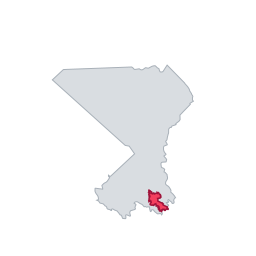 Bougouni, Sikasso, Mali (highlighted), rotated 317°
{"feature_id": "8926073B95704920034733", "entity_name": "Bougouni", "entity_type": "district", "adm_level": 2, "iso_a3": "MLI", "parent_name": "Mali", "parent_adm1": "Sikasso", "projection": "equal_earth", "projection_center": [-7.39, 11.295], "detail": "fine", "context": "in_parent", "style": "filled", "palette": "rose", "viewbox_px": 256, "rotation_deg": 317, "n_neighbors": 0, "source": "geoboundaries", "source_scale": "gbopen_adm2", "svg_char_len": 7287}
<svg xmlns="http://www.w3.org/2000/svg" viewBox="0 0 256 256"><g transform="rotate(317 128 128)"><path d="M63.5,187.9L63.6,187.0L63.0,186.4L63.0,186.1L63.3,183.5L63.3,182.8L63.5,181.5L63.2,180.9L63.1,180.5L62.2,178.8L61.9,177.4L61.4,176.5L60.3,176.2L59.9,177.0L59.7,177.1L59.3,176.5L59.1,176.0L59.2,175.6L57.8,173.4L57.9,172.2L58.4,171.5L58.6,170.5L58.1,169.3L58.2,168.2L58.1,166.6L57.3,165.2L56.8,164.6L56.3,163.6L56.7,161.4L55.9,159.5L57.4,160.2L58.2,159.5L58.9,158.6L59.5,157.3L59.8,155.7L59.9,154.3L60.5,152.2L61.2,151.2L62.8,149.7L63.2,149.9L65.7,153.0L67.1,154.6L67.6,155.4L68.0,155.4L68.8,153.9L69.5,152.6L69.8,152.2L72.3,152.1L73.6,152.3L74.8,152.7L76.4,152.8L80.7,151.8L80.8,151.2L80.7,150.5L80.9,149.9L81.3,149.4L81.6,149.2L81.7,151.0L82.1,151.3L83.1,151.4L115.2,151.4L116.5,142.1L114.1,138.8L105.5,41.2L120.6,41.2L123.2,43.4L172.3,85.9L172.6,87.3L172.6,89.2L172.9,89.8L173.7,90.4L176.5,92.3L176.7,92.6L176.8,93.4L177.2,94.3L177.8,94.9L178.4,95.3L179.3,95.5L181.8,95.8L182.3,96.3L183.5,98.0L184.1,98.3L187.5,99.2L188.6,99.7L189.8,100.5L190.4,101.2L190.5,103.8L191.0,105.6L191.0,106.0L190.5,106.7L190.3,107.2L189.8,108.6L189.9,109.1L191.1,110.2L191.7,110.5L192.4,110.5L199.5,108.7L200.1,133.8L199.9,134.2L199.8,138.6L199.3,141.2L198.4,143.2L197.9,146.1L197.5,146.7L197.3,148.3L196.8,149.3L195.9,149.7L194.2,151.5L194.1,153.0L190.2,152.2L189.8,152.4L189.7,153.2L179.7,153.7L174.8,154.0L171.8,157.4L169.8,157.8L167.3,157.5L166.0,157.5L165.5,157.6L165.4,158.3L161.4,156.5L159.9,157.1L159.7,156.9L159.5,156.5L158.8,156.3L157.6,156.4L156.8,156.7L154.3,159.3L153.0,160.0L150.5,161.6L148.7,163.0L148.1,163.3L147.1,163.3L146.3,163.6L145.6,166.7L145.1,167.0L142.0,165.8L141.4,166.0L140.9,166.3L139.2,168.1L138.4,169.6L138.0,171.5L138.0,172.8L137.8,173.2L137.0,173.3L135.6,172.9L135.1,173.1L135.0,174.0L135.0,176.1L134.7,177.5L133.9,178.0L133.2,178.5L132.7,178.7L132.3,178.5L129.8,176.4L129.0,176.1L128.1,176.3L127.2,177.2L125.7,179.4L125.8,180.2L126.3,181.1L126.6,182.3L126.6,183.3L124.4,184.7L124.9,185.8L124.8,188.7L123.8,190.0L123.4,190.9L122.5,191.8L121.6,192.3L118.9,193.1L117.8,194.0L117.3,194.7L117.2,195.5L117.3,196.4L117.8,198.4L117.6,200.1L117.2,202.1L116.8,203.0L115.5,204.1L115.7,205.4L115.8,207.3L115.6,209.7L115.2,211.4L114.9,211.2L113.7,211.3L112.4,211.8L111.9,212.2L111.8,212.8L110.7,214.1L110.0,214.1L109.3,213.7L108.9,213.3L108.9,213.1L109.3,212.1L109.3,211.7L108.9,209.8L109.0,209.3L108.8,207.9L108.7,207.8L107.3,208.5L107.2,208.7L107.4,209.6L107.3,209.8L106.8,209.8L106.0,209.5L105.2,208.6L105.1,208.9L105.0,209.6L104.9,210.4L105.1,211.8L104.9,212.3L103.7,212.2L102.6,212.4L102.4,212.9L102.3,213.5L102.5,214.1L102.5,214.4L102.0,214.8L101.8,214.7L101.3,214.0L99.0,213.4L98.8,212.4L98.5,212.4L97.8,211.2L97.5,211.3L97.2,211.4L96.4,211.4L95.6,212.4L95.0,213.6L94.4,214.2L93.4,214.5L93.6,213.7L93.3,212.6L91.3,211.2L91.0,210.7L90.5,207.5L90.5,206.6L90.7,205.8L90.6,205.2L90.4,204.7L89.8,204.2L89.2,204.0L88.4,204.6L88.0,204.7L87.7,204.7L87.5,204.4L87.5,204.1L88.4,202.5L88.8,201.8L89.6,200.9L89.8,200.5L89.8,200.2L89.2,199.7L88.3,198.9L87.9,198.8L87.5,198.4L87.1,197.2L86.9,197.0L86.5,196.9L86.1,196.6L86.2,193.6L85.3,191.4L84.6,188.6L84.2,187.9L83.5,187.4L82.7,187.0L81.9,186.9L81.1,187.2L81.1,187.4L81.6,188.3L81.6,188.9L81.6,189.3L81.4,189.7L80.3,190.0L78.8,191.0L78.3,192.2L77.9,192.3L77.3,192.2L73.3,190.2L71.6,191.0L70.5,192.8L70.3,193.4L69.8,193.9L69.5,193.9L69.2,193.6L68.0,190.9L67.5,190.3L66.9,190.2L66.4,190.7L65.8,191.6L65.1,192.4L64.6,192.6L64.2,192.5L62.6,190.7L62.5,190.3L63.3,188.2L63.5,187.9Z" fill="#d9dde1" stroke="#a8b0b8" stroke-width="1"/><path d="M99.1,190.1L98.9,190.2L98.9,190.3L98.8,190.2L98.6,190.3L98.4,190.4L98.4,190.5L98.5,190.5L98.4,190.6L98.2,190.6L98.1,190.8L97.9,190.8L97.8,191.0L97.7,191.2L97.6,191.3L97.6,191.5L97.5,191.8L97.6,192.0L97.6,192.3L97.5,192.5L97.4,192.6L97.4,192.8L97.2,192.8L96.9,193.0L97.0,193.0L96.8,193.2L96.8,193.3L96.7,193.3L96.4,193.3L96.2,193.3L96.2,193.2L95.8,193.7L95.5,193.8L94.6,194.6L93.9,195.3L93.6,195.3L93.1,196.2L94.1,196.3L94.2,196.2L94.4,195.8L94.4,195.7L94.5,195.7L94.7,195.8L94.5,196.3L94.4,196.4L94.3,196.7L94.9,197.1L94.3,198.2L93.9,198.3L93.6,198.2L93.3,198.4L93.2,198.4L92.9,198.5L92.2,198.7L92.2,198.8L92.3,198.9L92.0,199.4L92.6,200.5L93.6,201.3L93.7,201.8L93.9,202.1L94.2,202.2L94.5,202.1L95.3,201.8L95.6,202.0L95.8,202.0L96.3,202.2L96.2,202.3L96.3,202.6L96.5,202.6L96.3,202.9L96.3,203.0L96.2,203.3L96.0,203.5L96.2,204.0L96.3,204.0L95.9,204.1L96.2,204.3L96.3,204.4L96.4,204.6L96.2,204.7L96.0,204.8L96.3,205.0L96.4,205.4L96.7,205.4L96.7,205.5L96.5,205.9L96.6,206.0L96.8,205.9L96.8,206.0L97.0,206.2L97.0,206.5L96.8,206.7L96.5,206.5L96.4,206.9L96.4,207.0L96.2,207.3L96.3,207.4L96.3,207.5L96.2,207.5L95.9,207.3L95.9,207.6L95.6,207.5L95.5,207.4L95.5,207.6L95.7,207.8L95.7,208.0L95.4,208.4L95.6,208.5L95.3,208.7L95.3,208.9L95.3,209.0L95.1,209.0L95.3,209.1L95.2,209.3L95.0,209.2L94.9,209.1L94.9,209.3L94.8,209.5L95.0,209.6L95.1,209.8L94.9,209.9L95.1,210.1L95.0,210.3L95.3,210.5L95.4,210.4L95.5,210.5L95.3,210.6L95.3,210.9L95.3,211.0L95.2,211.0L95.3,211.1L95.5,211.1L95.6,211.3L95.8,211.4L95.8,211.5L95.7,211.5L95.6,211.8L95.8,211.8L96.2,211.7L96.5,211.3L96.7,211.0L97.0,211.4L97.3,211.5L97.5,211.2L97.9,211.1L98.2,211.2L98.2,211.4L98.3,211.5L98.2,211.5L98.3,211.7L98.2,211.7L98.2,211.8L98.3,211.9L98.3,212.1L98.4,212.4L98.4,212.5L98.4,212.4L98.5,212.5L98.5,212.4L98.8,212.3L99.0,212.5L99.0,212.9L99.0,213.2L98.8,213.4L98.9,213.5L99.0,213.6L99.3,213.6L99.7,213.4L99.8,213.4L100.9,213.5L101.0,213.6L101.1,213.8L101.3,214.0L101.5,214.0L101.5,214.5L101.7,214.8L101.8,214.8L102.1,214.7L102.4,213.9L102.1,213.6L102.1,213.4L102.3,213.1L102.4,212.9L102.5,212.8L102.5,212.6L102.7,212.3L102.8,212.3L102.5,211.6L101.5,209.2L101.4,208.9L101.4,208.7L101.3,208.4L101.2,208.2L101.3,208.0L101.3,207.9L101.2,207.9L101.3,207.9L101.4,207.7L101.5,207.3L101.6,207.2L101.7,206.9L101.8,207.0L101.9,206.7L102.0,206.8L102.0,206.6L102.0,206.4L102.0,206.2L101.8,205.8L101.5,205.6L101.2,205.1L100.8,203.7L100.7,203.6L100.0,201.7L101.1,200.7L101.6,199.7L102.0,200.0L102.6,200.3L102.7,200.5L103.0,200.6L103.6,201.1L103.8,201.1L103.9,200.9L104.4,200.8L104.7,201.0L104.9,200.7L105.1,200.3L105.2,200.1L105.3,200.0L105.4,200.4L105.5,200.3L105.5,200.2L105.9,199.6L105.9,199.3L106.1,199.1L106.2,198.8L106.2,198.5L106.0,198.4L105.9,198.3L105.8,198.1L105.8,197.7L105.9,197.4L105.9,197.2L106.1,197.0L106.1,196.8L106.2,196.5L106.1,196.3L106.1,196.2L106.2,195.9L106.0,195.7L105.8,195.5L105.5,195.5L105.3,195.3L105.2,195.4L105.2,195.2L105.1,195.3L104.9,195.2L104.7,195.4L104.6,195.2L103.6,194.8L103.3,194.4L103.1,194.3L102.6,194.4L102.6,193.3L102.4,193.0L102.0,193.1L101.3,193.2L101.2,193.1L101.2,192.9L101.4,192.7L101.2,192.5L101.2,192.3L100.8,192.3L100.8,192.2L100.7,192.0L100.8,192.0L100.9,191.8L101.1,191.9L101.3,191.6L101.4,191.4L101.2,191.3L100.9,191.2L101.0,191.1L101.3,190.9L101.6,190.7L101.5,190.4L101.4,190.2L101.2,190.3L101.1,190.2L101.3,189.7L101.4,189.4L101.1,189.3L101.1,189.1L101.1,188.7L100.9,188.3L100.9,188.2L101.1,187.9L101.1,187.6L101.1,187.4L101.0,187.6L100.9,187.8L100.8,187.7L100.7,187.8L100.6,188.0L100.5,188.3L100.5,188.5L100.3,188.5L100.1,188.5L99.9,188.7L99.9,188.8L99.7,189.0L99.6,189.3L99.6,189.5L99.4,189.8L99.3,190.0L99.2,189.9L99.2,190.0L99.1,190.1Z" fill="#f43f5e" stroke="#9f1239" stroke-width="1.5"/></g></svg>